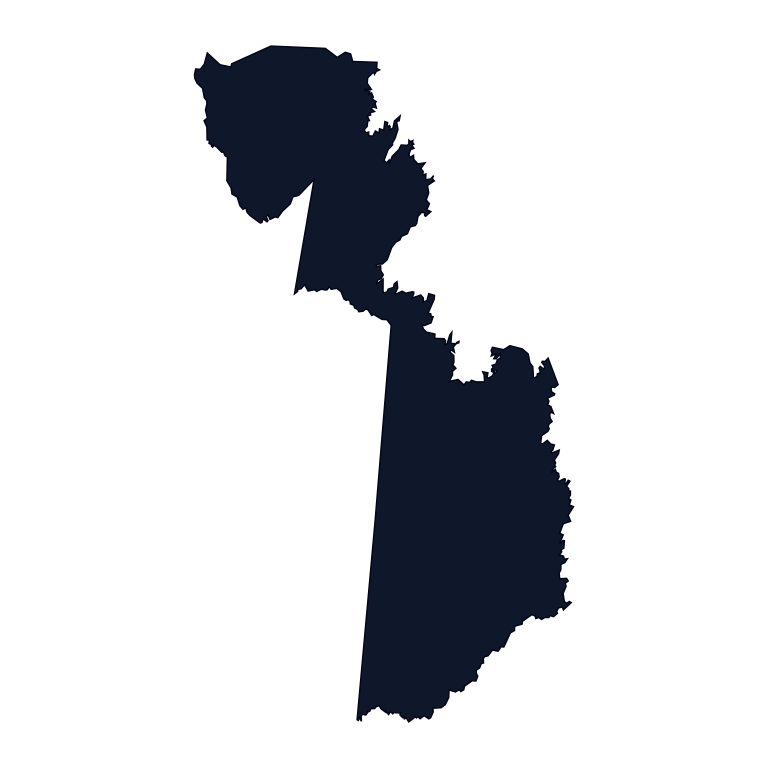 the district of Santo Antônio do Leverger, Mato Grosso, Brazil
{"feature_id": "56859067B54775252646208", "entity_name": "Santo Antônio do Leverger", "entity_type": "district", "adm_level": 2, "iso_a3": "BRA", "parent_name": "Brazil", "parent_adm1": "Mato Grosso", "projection": "equal_earth", "projection_center": [-55.385, -16.535], "detail": "fine", "context": "isolated", "style": "filled", "palette": "ink", "viewbox_px": 768, "rotation_deg": 0, "n_neighbors": 0, "source": "geoboundaries", "source_scale": "gbopen_adm2", "svg_char_len": 6098}
<svg xmlns="http://www.w3.org/2000/svg" viewBox="0 0 768 768"><path d="M358.3,720.4L359.6,717.6L361.4,721.3L361.2,716.0L362.5,714.2L365.8,715.0L367.9,712.2L367.3,711.1L369.7,711.4L371.0,708.6L374.6,708.6L376.3,706.5L379.4,705.8L381.1,708.9L385.8,712.3L385.9,710.9L388.6,714.5L390.6,711.5L392.7,713.8L393.7,712.6L400.6,713.0L400.0,714.8L400.9,715.9L402.9,717.7L404.1,717.0L404.3,718.8L406.5,718.2L408.7,721.9L415.4,716.8L416.5,717.9L418.0,716.6L420.0,718.7L424.2,715.7L428.8,718.8L430.6,717.8L433.2,712.0L432.9,708.2L441.1,707.7L445.3,704.6L448.7,697.6L449.0,689.9L455.4,691.9L459.2,689.8L460.9,691.5L463.7,689.8L464.5,686.2L472.2,680.7L475.9,681.0L477.7,676.1L476.2,673.2L476.4,670.1L479.6,667.9L481.3,663.5L483.5,663.0L483.3,658.6L484.4,656.7L488.0,655.8L492.5,650.0L498.0,651.2L500.1,648.3L499.8,646.9L503.9,646.9L510.4,632.8L514.5,630.5L514.7,626.2L522.1,624.1L522.3,621.4L531.9,614.6L535.2,616.1L535.8,618.5L538.8,617.5L541.6,619.4L544.9,617.5L548.9,617.5L549.9,615.6L553.6,616.6L557.4,613.3L556.6,611.5L558.5,607.9L562.4,607.0L563.4,609.9L571.2,602.6L569.2,601.5L566.7,603.3L564.3,601.5L563.1,593.5L566.1,586.2L565.2,583.2L568.2,581.0L566.6,578.4L559.7,578.7L559.1,573.2L560.8,569.9L560.9,564.4L564.8,562.6L567.4,558.7L564.4,559.2L563.5,556.2L559.5,554.8L561.7,551.8L561.2,549.6L563.8,548.2L564.4,540.7L562.7,540.6L560.9,543.5L559.9,542.8L563.2,534.9L559.7,533.3L563.3,523.7L570.6,521.3L568.1,515.3L573.5,506.6L569.2,505.0L570.9,500.0L568.5,498.4L570.4,495.0L570.4,491.1L568.8,491.1L568.7,488.6L566.5,486.3L569.9,481.2L568.2,480.3L566.0,483.7L564.7,483.5L565.3,479.1L564.2,478.7L558.5,481.5L557.6,479.9L559.1,476.8L558.5,473.3L556.2,472.2L555.4,469.4L552.1,471.6L553.0,468.8L555.6,466.7L554.7,465.4L555.6,462.8L554.3,460.2L558.5,453.8L559.2,450.1L551.9,453.0L550.9,451.5L552.7,450.2L554.4,445.0L550.5,443.9L547.3,440.4L542.9,443.7L540.6,443.4L541.6,435.6L547.9,431.3L549.2,428.8L548.2,426.5L548.9,424.2L552.1,421.5L550.2,418.3L549.6,413.8L551.4,412.2L553.5,413.4L550.8,406.5L547.7,404.9L548.9,401.1L547.4,398.3L554.3,395.0L554.7,393.7L551.9,392.2L551.0,388.7L551.8,387.0L554.7,387.5L558.1,384.7L548.1,358.1L545.2,361.4L542.3,361.3L541.8,362.5L544.4,365.7L544.6,368.2L543.4,368.8L540.2,366.4L539.1,367.9L540.4,372.7L537.4,373.9L537.0,376.4L534.7,377.9L533.4,377.2L532.8,366.6L529.9,362.9L528.2,354.0L522.2,348.9L509.9,345.7L503.7,349.7L492.4,347.3L491.1,350.7L492.2,353.4L491.3,355.9L496.4,353.9L493.8,358.7L496.2,358.8L500.3,353.6L500.4,358.0L497.4,359.9L495.9,364.0L492.1,365.4L493.4,367.8L491.6,369.0L491.6,371.4L494.0,372.4L492.4,375.9L488.2,378.3L487.2,377.0L487.9,372.8L482.7,371.8L484.1,375.0L484.6,381.9L476.2,381.9L471.5,380.3L469.7,382.5L466.3,381.9L464.0,384.9L458.1,379.5L449.2,381.4L452.5,375.0L452.4,371.4L455.9,368.3L452.8,364.8L453.9,362.3L453.8,355.6L449.7,351.9L451.2,349.9L454.4,352.2L453.3,347.0L456.2,343.7L450.8,343.4L451.8,332.3L449.8,335.0L447.1,344.0L445.2,344.8L445.6,340.8L444.1,338.7L434.7,338.4L434.9,334.0L426.3,332.1L423.3,328.9L422.2,324.9L424.6,325.5L431.0,322.9L433.1,316.7L431.2,316.5L430.7,313.8L428.1,313.2L434.2,299.2L434.5,295.4L428.8,293.7L427.0,300.4L423.3,302.1L423.3,297.9L420.7,295.0L411.9,298.1L413.7,293.8L413.8,292.2L412.5,291.7L405.9,293.2L402.1,291.2L395.7,294.3L395.3,293.0L397.7,288.0L397.0,281.7L394.3,283.8L393.5,287.4L388.3,289.1L387.0,291.9L384.8,292.6L383.5,292.7L383.0,291.0L383.1,279.1L376.9,283.8L377.4,280.2L381.2,278.6L383.3,274.8L380.8,270.7L380.6,265.7L377.0,266.5L376.2,266.0L377.0,264.3L382.5,263.9L387.2,259.7L391.7,247.5L395.7,242.2L399.9,239.9L401.5,236.4L407.4,233.7L410.2,226.8L415.2,225.5L416.7,223.4L417.9,216.5L420.6,213.5L420.2,212.3L424.6,212.7L424.7,215.6L425.7,216.2L430.8,211.6L426.8,209.8L429.4,203.7L426.2,200.0L428.7,193.0L427.5,185.4L434.3,180.9L432.3,178.8L433.6,175.6L430.7,179.0L425.6,179.7L425.9,174.0L422.6,175.1L423.2,171.5L420.8,168.7L425.0,162.8L417.8,163.9L413.8,159.4L413.5,155.3L409.8,157.5L409.0,154.3L409.8,151.6L410.8,149.5L414.0,148.3L411.7,145.0L413.8,144.1L412.4,142.1L412.8,140.6L410.5,141.6L408.9,140.2L408.9,143.7L407.4,145.4L401.2,145.0L398.8,149.7L392.2,156.3L389.8,162.9L389.2,160.0L386.5,162.9L384.0,160.3L388.1,149.6L392.6,144.8L392.3,143.2L395.2,138.0L398.0,129.3L396.7,122.7L397.3,121.0L399.1,120.8L400.1,116.0L394.5,120.9L393.0,128.0L389.8,130.0L390.1,126.5L389.5,125.6L388.4,126.9L387.3,125.1L387.6,122.5L384.9,121.6L383.7,130.1L379.5,128.8L379.1,133.1L375.4,131.0L372.8,136.2L368.6,135.7L368.7,132.1L365.9,132.7L364.5,130.8L364.6,129.1L367.1,126.5L367.8,120.8L369.4,120.6L367.3,116.0L370.7,115.0L369.9,112.8L374.5,111.5L371.1,108.7L372.8,106.9L376.4,108.0L375.1,103.5L376.1,101.5L373.0,99.7L372.3,98.5L373.3,97.1L371.5,92.9L368.9,94.3L369.9,91.2L364.8,90.5L364.7,89.3L371.3,89.4L367.2,83.2L367.7,77.8L372.6,73.0L374.4,72.8L374.6,74.1L376.3,71.4L379.5,69.9L376.6,68.5L377.0,62.3L352.7,61.5L350.6,53.9L345.3,52.3L337.2,57.4L325.3,48.4L270.9,46.1L231.7,63.8L231.0,67.0L220.1,64.8L207.3,53.0L204.3,64.2L200.3,69.3L195.7,69.0L194.5,74.4L194.7,78.1L197.1,83.2L202.6,88.3L204.3,97.7L206.5,100.4L207.0,103.5L205.5,110.0L207.4,118.1L204.1,120.7L206.9,127.1L207.1,139.9L209.5,140.0L209.0,143.3L211.6,144.8L211.5,146.2L212.7,147.1L213.9,145.2L216.7,147.0L221.7,152.2L223.5,151.9L225.0,155.7L227.4,157.1L226.9,180.8L231.1,187.9L232.0,194.1L237.2,197.0L239.9,205.6L243.0,209.3L245.8,207.8L247.1,212.3L250.1,215.6L260.2,223.0L261.9,222.5L263.1,218.8L267.0,221.8L268.0,220.7L266.2,216.8L268.0,214.7L270.0,219.4L275.1,216.9L277.8,217.6L282.4,211.2L290.3,203.8L292.9,196.8L298.7,195.4L314.1,179.4L294.5,293.8L297.6,291.4L297.8,289.2L301.0,288.8L304.6,284.7L308.2,291.0L314.4,289.7L316.8,291.4L321.2,289.2L325.6,290.0L327.4,289.6L329.1,286.6L331.2,289.3L336.8,288.3L341.1,291.8L343.9,298.9L346.2,300.4L348.3,299.5L350.2,301.6L350.4,304.0L353.8,305.2L354.7,308.0L357.7,309.5L358.8,311.7L363.0,311.2L365.7,309.0L368.0,309.8L371.7,315.4L373.8,314.5L382.0,319.4L386.8,319.6L391.2,325.3L375.0,522.2L357.1,719.7L358.3,720.4ZM494.0,372.4L494.7,369.7L496.8,370.5L495.4,373.1L494.0,372.4ZM456.2,343.7L458.8,342.8L458.9,341.4L456.9,342.4L456.2,343.7Z" fill="#0f172a" stroke="#020617" stroke-width="1.5"/></svg>